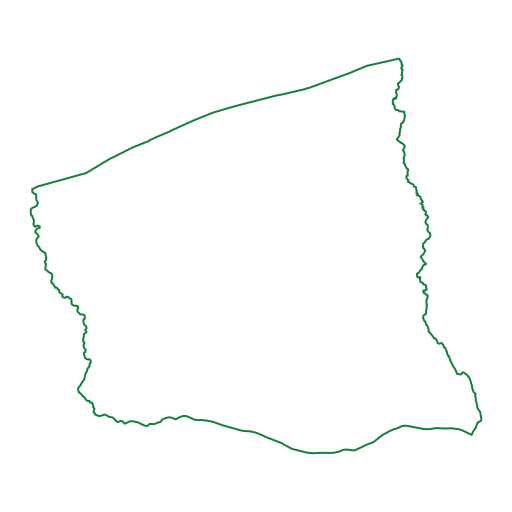 outline of Zumbu, Tete, Mozambique
{"feature_id": "85939544B34189520387166", "entity_name": "Zumbu", "entity_type": "district", "adm_level": 2, "iso_a3": "MOZ", "parent_name": "Mozambique", "parent_adm1": "Tete", "projection": "robinson", "projection_center": [31.028, -15.185], "detail": "fine", "context": "isolated", "style": "outline", "palette": "green", "viewbox_px": 512, "rotation_deg": 0, "n_neighbors": 0, "source": "geoboundaries", "source_scale": "gbopen_adm2", "svg_char_len": 5933}
<svg xmlns="http://www.w3.org/2000/svg" viewBox="0 0 512 512"><path d="M471.6,434.8L473.5,430.9L476.0,427.3L476.9,424.1L477.8,422.5L480.8,420.9L481.3,420.0L481.3,418.9L480.1,411.8L477.5,408.3L477.2,407.4L477.3,405.5L476.7,404.2L476.7,402.8L475.8,400.6L475.6,397.2L475.1,395.9L475.6,393.8L473.6,392.0L472.4,388.8L471.8,384.9L471.0,383.3L470.8,381.8L469.5,378.2L466.9,374.8L463.5,372.4L462.3,372.6L461.2,374.1L460.4,374.5L457.1,373.8L455.5,369.8L453.0,365.8L450.5,361.0L448.9,356.2L448.1,355.7L447.0,353.2L447.0,352.1L445.6,349.0L445.4,347.9L444.0,347.3L443.2,344.8L441.7,343.2L441.1,343.0L439.1,343.7L437.8,343.1L436.0,339.1L435.5,338.6L434.2,338.4L430.8,333.6L428.6,331.5L428.6,329.5L428.0,327.4L426.9,325.1L426.0,324.4L425.3,321.4L424.4,321.1L423.2,318.2L423.1,317.0L423.5,315.6L424.2,314.9L425.8,314.2L426.1,313.2L426.0,310.9L426.7,308.3L426.5,306.2L427.0,305.0L426.5,303.3L426.5,300.4L427.0,298.3L427.6,297.5L427.7,295.8L427.2,294.8L425.6,294.5L424.9,293.3L423.7,292.9L423.2,291.2L423.4,290.7L425.0,290.7L425.5,289.7L426.6,289.7L426.6,288.7L426.0,287.1L426.1,285.8L425.6,285.2L423.2,284.1L422.9,283.0L420.5,282.0L420.0,279.0L420.3,277.5L419.7,277.0L418.1,277.5L417.4,276.9L417.1,276.1L417.0,273.7L418.9,272.5L420.5,270.0L421.5,269.5L423.1,265.4L425.9,264.2L425.9,263.8L425.0,262.8L423.7,261.8L422.1,258.8L420.7,257.0L421.4,255.8L423.0,254.6L424.0,253.3L425.2,250.4L424.2,248.9L423.3,248.2L422.9,245.7L423.2,243.7L425.1,241.9L425.4,241.0L426.9,239.4L428.4,238.9L429.2,238.1L430.2,236.2L430.3,234.0L429.8,232.9L428.7,232.2L427.5,230.4L427.3,229.4L427.9,227.9L427.8,225.3L425.9,223.6L425.4,222.0L425.8,220.6L426.9,218.8L428.2,217.3L427.2,215.3L426.1,215.3L425.3,214.2L426.0,212.7L425.9,211.7L424.7,210.8L424.3,210.0L423.5,209.9L423.4,208.9L422.9,208.7L422.4,207.6L423.2,207.2L422.5,206.4L422.6,204.9L420.8,203.6L421.5,203.2L422.0,202.1L422.7,202.0L422.5,201.0L420.9,199.2L420.3,196.9L419.3,196.0L416.9,195.1L417.8,193.9L417.6,193.4L416.4,192.8L416.8,190.8L416.2,189.5L415.9,187.1L414.0,186.5L413.7,185.1L413.1,184.4L412.1,184.1L411.3,183.4L410.4,183.3L409.2,182.2L408.1,181.8L407.9,181.3L408.4,180.9L408.3,180.2L406.3,178.0L406.6,176.0L407.7,175.6L407.5,172.1L408.2,170.1L408.0,169.3L406.9,168.5L406.1,167.4L405.2,165.4L404.9,163.8L403.9,163.3L403.6,162.5L404.0,161.4L403.7,157.7L404.8,154.6L403.8,151.3L402.9,150.2L404.3,147.8L404.7,145.7L401.9,143.0L400.5,142.7L400.2,142.0L397.3,140.2L396.9,139.4L396.9,139.0L398.2,137.6L399.7,135.1L399.4,133.2L399.9,132.0L400.1,129.5L401.1,126.4L400.8,125.9L401.0,124.2L401.4,123.3L402.6,123.0L403.0,121.7L404.1,120.7L404.9,115.4L404.4,113.7L404.4,112.3L404.0,111.6L402.6,111.8L401.8,111.4L399.3,111.3L398.2,110.1L396.9,110.2L395.3,109.4L394.2,105.3L393.6,104.3L393.0,104.1L393.2,103.1L392.7,102.4L392.9,100.1L393.5,99.6L393.6,98.8L394.5,98.9L394.6,98.2L395.1,98.5L396.2,98.3L396.0,97.6L396.9,95.8L396.1,91.7L396.5,90.8L396.3,89.9L397.8,89.4L398.6,88.6L399.1,87.3L398.0,85.1L398.2,84.5L398.0,83.5L399.0,82.9L401.8,79.9L402.1,78.3L402.5,77.8L402.2,75.8L401.4,74.9L401.9,74.3L402.0,71.3L402.7,70.0L402.5,69.4L401.6,69.0L401.3,68.3L401.5,67.0L402.2,66.6L402.5,65.5L401.5,64.3L401.6,63.1L401.3,61.7L400.3,60.8L399.4,58.8L398.2,58.8L367.0,65.8L349.7,73.0L309.8,87.6L304.2,89.3L281.5,94.6L276.3,95.5L234.6,106.3L213.0,112.6L193.9,120.3L171.1,130.6L169.9,131.4L157.0,136.8L150.5,139.8L148.6,141.1L133.4,147.1L109.4,159.1L86.0,173.1L38.0,186.4L32.2,189.2L32.3,192.0L33.6,193.2L36.1,194.6L36.3,199.6L38.0,203.0L36.7,205.7L35.0,206.8L32.2,208.0L30.7,209.4L30.9,214.7L32.0,215.7L34.0,220.8L33.5,224.1L33.9,225.7L35.1,226.7L37.2,225.6L39.0,226.1L39.8,226.8L39.5,228.0L37.4,228.5L35.9,230.0L35.4,231.2L35.4,232.2L38.2,235.2L38.6,236.2L38.6,236.7L37.2,238.1L36.4,239.7L36.2,241.9L37.3,245.2L39.5,247.8L40.0,249.2L41.8,250.9L45.3,253.1L45.3,254.3L46.4,257.9L45.8,258.9L46.1,260.1L45.3,260.7L44.8,261.8L45.9,264.0L45.3,269.1L45.9,269.9L47.3,270.6L48.2,271.8L51.6,273.6L52.2,275.2L52.3,276.8L51.8,279.5L51.2,280.7L51.6,283.1L53.3,283.9L54.4,286.4L55.3,287.0L55.5,287.7L56.6,287.7L57.5,288.4L57.7,289.3L59.3,290.1L59.3,292.2L60.5,293.3L62.0,293.8L62.7,294.7L62.3,296.3L62.7,297.1L65.2,297.9L66.5,296.7L67.7,296.9L68.9,297.5L69.5,298.3L71.2,299.0L71.5,299.8L71.5,303.1L72.3,304.9L74.9,305.8L76.2,305.7L76.9,306.2L77.8,306.2L78.2,308.0L77.2,309.8L77.5,311.5L80.4,314.4L83.5,314.6L84.3,315.1L84.7,315.9L84.8,318.5L83.5,319.6L83.3,321.0L84.0,324.3L86.3,326.6L86.5,328.5L85.2,329.9L85.4,330.6L86.3,331.3L86.4,332.0L86.2,332.5L84.1,333.9L83.8,335.6L84.0,336.4L83.2,338.3L83.4,339.2L83.1,339.8L83.3,341.8L83.6,342.3L84.1,342.3L84.5,343.4L83.6,345.0L83.5,346.0L84.5,348.6L85.6,349.6L85.5,351.8L84.2,352.4L83.9,353.5L85.1,358.0L86.3,358.9L87.8,359.4L89.5,359.3L90.6,360.4L90.9,361.8L89.5,364.4L89.5,366.4L87.5,368.6L87.1,371.0L85.7,373.3L84.1,379.7L82.6,381.4L80.6,385.1L79.0,387.0L78.1,388.5L78.0,389.6L79.2,392.8L80.5,393.3L83.1,396.5L84.3,397.1L86.1,399.9L87.8,401.1L89.3,400.8L90.1,402.5L92.2,402.8L92.5,404.2L93.2,405.2L93.3,407.5L94.4,408.5L93.5,412.2L94.8,413.3L95.1,414.5L99.1,416.1L101.6,415.6L104.4,414.6L105.5,414.7L108.8,416.7L112.3,417.4L114.0,418.5L116.5,421.4L117.7,422.1L121.0,420.9L122.8,421.6L124.1,423.2L125.0,423.6L130.0,421.2L134.5,421.5L135.7,422.0L138.1,422.4L142.5,424.7L145.8,426.0L147.6,425.8L149.8,423.9L154.2,424.1L157.4,422.7L160.0,422.2L162.8,419.2L167.0,417.7L169.5,417.3L170.9,417.5L175.9,419.3L178.5,417.7L181.9,416.4L183.8,415.9L186.5,416.1L194.5,419.7L198.6,420.1L201.2,419.9L209.2,421.0L213.7,422.1L222.3,425.2L241.9,430.7L251.1,431.5L255.9,432.7L262.5,435.3L265.7,437.0L282.1,443.3L283.5,444.4L292.0,448.9L306.8,452.6L312.6,453.2L319.2,452.9L333.2,452.9L338.5,451.8L342.8,450.0L344.3,449.7L347.0,449.6L353.2,450.4L355.2,450.2L367.3,444.4L373.4,442.2L382.1,435.3L388.1,431.9L393.6,429.3L397.8,428.1L401.5,426.3L403.5,425.7L407.5,425.9L423.7,429.0L429.0,429.2L435.6,428.1L444.7,428.5L451.5,428.3L458.7,429.2L461.7,430.1L471.6,434.8Z" fill="none" stroke="#15803d" stroke-width="2"/></svg>